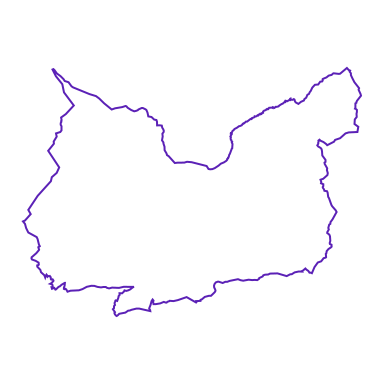 Ponor, Alba, Romania
{"feature_id": "2599482B26420082553379", "entity_name": "Ponor", "entity_type": "district", "adm_level": 2, "iso_a3": "ROU", "parent_name": "Romania", "parent_adm1": "Alba", "projection": "natural_earth1", "projection_center": [23.399, 46.333], "detail": "fine", "context": "isolated", "style": "outline", "palette": "violet", "viewbox_px": 384, "rotation_deg": 0, "n_neighbors": 0, "source": "geoboundaries", "source_scale": "gbopen_adm2", "svg_char_len": 5958}
<svg xmlns="http://www.w3.org/2000/svg" viewBox="0 0 384 384"><path d="M310.8,272.7L311.9,273.2L314.5,267.1L317.8,262.5L321.2,261.3L323.6,258.2L325.7,257.6L326.1,257.2L325.8,253.9L326.3,253.4L326.7,251.1L328.5,249.0L330.8,247.5L331.6,246.7L331.5,244.7L329.9,244.0L329.7,243.0L330.3,240.9L330.0,236.3L329.3,234.6L327.2,233.0L327.3,232.1L328.8,229.5L328.3,227.9L329.2,224.6L330.3,223.9L330.5,222.1L332.5,219.4L336.6,212.0L335.7,210.3L332.2,206.3L331.4,204.9L329.0,198.2L328.2,196.9L327.6,192.5L327.0,191.2L324.4,190.8L324.0,189.4L322.9,187.8L322.7,187.1L323.3,186.1L323.3,184.2L321.0,183.3L321.3,182.1L320.5,179.7L323.2,178.8L327.4,175.1L327.8,173.1L326.9,170.1L327.2,168.3L324.7,163.9L324.5,162.6L325.5,161.9L325.5,159.9L322.3,155.5L322.0,151.2L321.6,149.2L320.7,148.0L318.2,146.5L317.3,145.4L318.3,143.6L318.2,142.6L318.6,141.6L318.4,140.6L319.5,139.7L320.5,140.7L323.4,142.0L326.0,143.9L327.2,145.2L334.0,141.7L335.1,139.9L340.1,138.2L345.5,133.4L348.8,132.4L357.4,132.0L358.3,126.8L354.5,124.0L354.8,119.4L356.7,117.0L356.7,116.5L356.5,113.8L356.9,112.0L356.9,109.9L355.8,108.9L355.0,108.6L355.4,107.7L355.4,103.4L356.4,102.8L356.5,101.8L357.0,100.8L361.0,95.7L360.5,93.9L358.7,90.0L358.6,89.5L359.1,88.2L354.4,82.2L352.4,78.3L350.9,75.1L350.9,73.3L349.6,71.6L350.1,70.6L348.7,70.0L346.9,68.0L340.1,73.7L338.9,73.9L333.6,73.3L333.1,73.5L331.6,74.9L328.7,75.6L326.5,77.4L322.9,78.9L322.6,79.2L322.7,80.5L322.2,81.4L320.2,81.7L318.2,84.5L314.9,84.8L312.3,87.6L310.7,91.0L309.7,92.2L309.0,93.9L307.4,94.8L306.2,97.7L304.4,99.1L303.9,100.5L301.0,101.8L298.4,103.9L295.7,102.4L295.0,101.4L294.5,99.6L293.8,99.1L292.7,99.8L290.6,99.6L290.5,98.6L290.1,98.8L290.1,100.1L289.0,100.1L287.4,101.2L285.4,100.7L285.0,101.3L285.2,102.2L283.9,102.5L282.7,103.7L281.7,104.0L279.2,105.6L278.5,106.4L276.4,106.9L275.7,106.8L274.5,107.9L272.8,107.1L272.6,107.3L272.6,107.9L271.9,107.6L269.1,107.8L268.2,109.2L267.5,109.3L267.1,108.9L266.3,109.4L265.8,110.1L264.2,110.6L263.1,111.5L263.1,112.8L261.5,113.2L261.4,114.0L260.2,113.9L260.2,114.4L258.9,114.5L258.5,114.8L258.4,115.4L258.1,115.6L257.5,115.3L256.7,116.1L255.8,116.5L254.7,116.3L254.6,116.9L254.0,117.4L252.1,118.0L252.1,118.4L251.5,119.1L250.6,118.9L247.1,121.6L245.9,121.6L244.4,123.1L243.6,123.2L243.4,123.8L242.7,123.9L241.7,125.3L239.8,126.1L239.0,126.2L237.0,127.7L234.5,129.0L233.5,130.3L232.6,130.8L231.8,132.6L230.9,132.9L230.8,133.2L231.8,133.8L231.7,134.4L230.8,135.0L230.9,135.7L230.4,136.5L230.9,137.2L230.6,138.0L230.8,139.7L231.4,140.2L231.4,140.8L232.2,141.8L231.8,142.5L232.5,144.0L232.2,148.3L231.8,148.6L229.8,154.0L229.3,154.6L228.7,157.0L228.0,157.7L228.1,158.4L227.1,159.1L227.1,159.9L226.2,160.9L223.9,162.4L220.8,163.7L218.6,165.6L214.8,168.1L212.4,169.1L210.2,169.3L208.5,169.0L206.6,166.0L191.6,162.2L187.0,161.8L184.3,162.6L177.4,162.7L174.8,163.0L168.7,156.2L167.0,155.1L166.5,153.4L164.6,150.2L164.5,146.7L163.5,143.7L163.4,142.4L162.0,140.3L162.7,136.5L162.4,133.7L163.6,132.1L163.8,130.9L163.3,129.4L162.2,127.6L161.8,125.6L159.7,125.3L157.1,125.4L157.0,121.7L156.4,120.0L154.2,119.6L151.5,117.0L148.3,116.4L147.5,112.6L146.4,110.0L145.5,109.3L142.8,108.0L141.7,108.0L138.4,109.5L137.8,110.2L136.3,110.8L134.2,111.3L131.2,110.0L127.7,107.8L126.4,106.3L125.5,106.0L122.2,107.1L115.1,108.3L111.7,109.5L104.1,103.3L99.2,98.5L96.0,96.1L89.5,94.1L73.1,87.4L71.5,86.3L68.5,82.2L64.7,81.0L63.6,79.2L60.5,76.1L56.9,73.5L54.4,70.0L53.4,69.1L52.5,69.5L55.9,76.2L62.3,84.2L64.0,92.4L73.8,105.5L65.8,114.1L61.1,117.5L61.6,120.1L61.1,121.1L61.4,121.8L60.7,123.1L60.7,124.8L61.5,126.2L61.5,130.4L60.3,132.0L56.0,133.4L56.7,136.6L53.7,141.5L53.9,143.7L48.2,150.8L59.2,167.4L56.7,172.9L51.8,177.2L50.9,181.2L37.7,195.8L28.3,209.9L30.7,214.1L25.0,220.5L23.0,221.4L25.0,223.9L26.1,228.0L28.3,232.5L36.7,237.1L37.6,239.1L39.0,244.8L39.7,245.9L39.8,246.2L38.3,247.2L39.1,249.7L38.9,250.1L36.3,253.2L31.6,257.3L31.5,258.6L32.0,259.5L35.6,260.8L38.6,262.6L38.8,264.6L38.4,265.1L37.2,265.4L37.3,266.7L40.3,269.8L41.0,272.2L44.3,275.2L45.2,277.5L45.7,275.9L46.5,274.6L46.8,275.0L46.2,275.8L46.3,276.4L47.1,275.9L47.5,276.5L47.8,275.9L49.2,276.3L49.8,276.0L50.7,277.2L50.9,279.2L51.3,279.6L52.6,279.3L53.3,280.3L53.5,280.8L53.3,281.2L51.3,283.2L50.2,283.8L51.9,284.3L52.4,284.8L52.8,286.8L52.7,287.1L51.5,287.2L52.0,288.8L54.3,287.9L55.4,289.6L56.0,289.4L58.5,286.9L59.9,286.3L61.5,284.8L64.7,282.9L64.9,282.9L64.6,285.7L63.9,287.7L63.9,288.9L64.7,289.2L65.5,288.8L66.3,289.5L67.5,291.7L70.6,290.7L78.9,290.3L82.5,289.1L86.8,286.8L91.4,285.8L94.4,285.9L97.5,286.9L101.0,287.4L103.3,287.0L105.8,287.0L106.9,287.8L109.1,288.4L112.1,287.6L119.0,287.9L123.7,286.8L134.0,286.9L132.7,287.4L130.2,289.4L128.1,290.4L126.2,290.9L124.5,290.4L124.0,291.5L122.1,293.3L119.5,293.2L119.6,295.0L118.6,296.1L118.4,297.6L117.2,300.9L115.9,300.3L115.4,300.6L115.3,301.5L114.7,302.6L114.6,303.5L115.0,305.0L114.0,306.1L114.0,308.1L112.9,309.2L115.0,312.2L114.4,313.0L114.9,314.3L116.0,315.6L116.7,316.0L118.0,315.1L119.2,313.8L125.4,312.6L128.1,310.7L129.8,310.5L131.5,309.8L136.4,308.6L139.2,308.6L150.3,311.1L150.1,310.0L149.2,308.6L149.4,307.8L150.5,305.1L151.6,301.0L152.6,299.5L153.5,300.6L153.1,302.0L153.5,304.1L156.0,304.1L160.2,303.4L163.8,301.9L165.8,302.6L166.6,302.6L167.4,301.8L169.2,301.2L169.6,300.8L173.5,301.1L177.9,300.1L186.6,297.1L196.1,302.5L196.3,302.3L195.7,301.4L195.8,301.1L200.5,300.9L200.6,299.8L201.8,299.4L204.8,296.9L208.9,295.8L211.0,295.8L213.9,293.0L214.8,292.1L215.5,290.8L215.2,289.5L214.2,287.5L214.0,285.8L214.5,284.1L215.8,282.4L217.7,281.7L218.7,281.7L222.7,283.0L225.3,281.8L227.3,281.8L229.6,280.9L238.0,279.2L240.6,280.2L243.2,280.7L248.6,279.7L252.3,280.1L254.6,279.9L257.3,280.1L259.0,278.9L259.2,278.1L262.7,276.4L263.3,275.3L265.0,274.7L268.2,274.5L270.0,273.6L277.5,273.4L286.7,276.1L290.2,274.3L291.8,274.2L294.6,272.4L298.7,271.5L302.1,271.6L301.8,271.1L302.8,270.7L305.4,268.5L306.4,269.6L308.3,270.9L309.5,272.7L310.8,272.7Z" fill="none" stroke="#5b21b6" stroke-width="2"/></svg>